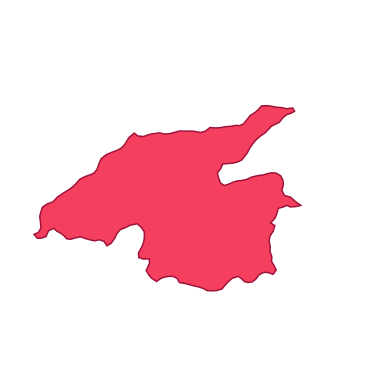 outline of Jaguaraçu, Minas Gerais, Brazil, rotated 35°
{"feature_id": "56859067B87939295508899", "entity_name": "Jaguaraçu", "entity_type": "district", "adm_level": 2, "iso_a3": "BRA", "parent_name": "Brazil", "parent_adm1": "Minas Gerais", "projection": "natural_earth1", "projection_center": [-42.716, -19.627], "detail": "fine", "context": "isolated", "style": "filled", "palette": "rose", "viewbox_px": 384, "rotation_deg": 35, "n_neighbors": 0, "source": "geoboundaries", "source_scale": "gbopen_adm2", "svg_char_len": 2373}
<svg xmlns="http://www.w3.org/2000/svg" viewBox="0 0 384 384"><g transform="rotate(35 192 192)"><path d="M86.9,317.3L91.8,318.6L95.1,316.1L98.0,312.2L96.7,305.9L99.6,301.1L104.1,301.6L108.2,301.0L112.3,301.3L116.2,302.2L119.7,300.4L122.7,296.5L126.5,292.6L131.6,291.2L136.3,289.5L140.2,287.9L143.5,284.3L148.3,282.9L153.2,284.9L155.2,280.3L155.2,273.6L154.3,269.3L154.8,264.0L157.7,259.7L160.6,254.4L165.4,249.4L170.6,250.1L175.7,251.9L179.0,256.5L181.1,260.6L182.3,265.3L183.1,272.7L186.0,276.2L190.7,274.8L195.4,271.3L198.1,274.8L199.5,282.6L203.5,284.5L208.1,285.8L214.3,285.6L215.9,281.0L218.4,277.3L221.5,274.3L224.9,272.0L229.5,271.3L233.6,273.4L237.9,271.3L242.4,269.6L246.5,268.1L251.7,266.0L257.2,264.4L260.9,264.1L265.2,261.4L268.6,258.7L272.2,254.2L272.8,246.8L274.3,239.9L278.2,234.6L282.2,234.6L286.4,235.3L289.8,233.9L292.7,231.3L294.2,227.2L294.5,221.0L297.1,216.4L300.7,214.3L305.6,212.9L305.8,207.6L301.9,205.5L297.0,203.2L294.4,199.1L290.0,195.9L287.2,191.6L283.2,187.8L281.2,183.5L281.0,177.5L279.1,172.0L274.3,172.3L275.0,165.3L273.6,160.1L272.1,155.9L275.1,152.2L277.5,148.5L281.2,147.8L285.5,144.3L288.8,140.6L282.0,140.5L275.9,139.7L269.6,141.8L264.8,139.2L262.5,133.4L259.8,130.3L255.5,127.9L250.2,128.2L246.3,130.5L243.6,133.3L240.6,137.1L237.7,139.7L234.6,142.9L231.9,146.1L229.7,150.1L226.4,153.8L223.0,156.7L220.3,160.0L217.6,164.4L214.8,168.1L210.3,168.3L205.5,165.1L201.8,161.7L202.2,156.6L201.1,151.5L205.0,148.2L209.1,144.8L212.1,141.3L214.5,136.9L214.9,128.6L214.1,122.9L214.1,118.1L214.5,112.7L215.9,107.0L218.0,101.4L219.4,92.3L223.5,85.0L223.9,78.7L225.4,74.0L227.9,70.9L229.7,67.0L226.2,65.4L221.7,69.6L217.0,71.4L211.6,74.6L207.2,76.4L203.6,78.5L199.6,81.5L199.1,86.1L198.1,90.5L195.9,95.7L195.5,101.3L195.1,106.9L192.8,110.4L189.4,112.5L186.2,115.9L182.1,119.1L178.8,122.6L174.5,126.1L169.8,128.8L168.1,134.3L164.9,138.3L157.5,141.8L152.3,145.5L147.0,149.0L143.7,152.9L140.3,157.0L136.1,160.4L132.0,161.9L128.5,164.9L124.4,168.8L120.4,174.4L115.6,177.1L110.9,176.9L109.1,183.6L109.6,191.4L109.0,196.5L106.5,201.2L103.5,205.5L100.4,210.5L98.5,216.6L99.6,222.4L101.1,227.7L101.0,232.3L98.8,236.3L95.7,240.4L92.8,245.9L92.0,253.1L90.7,258.2L88.9,262.8L86.9,267.4L84.8,273.1L83.7,279.9L80.3,284.7L78.2,290.2L79.6,294.9L81.3,299.4L84.8,303.2L88.9,308.1L89.3,313.3L86.9,317.3Z" fill="#f43f5e" stroke="#9f1239" stroke-width="1.5"/></g></svg>